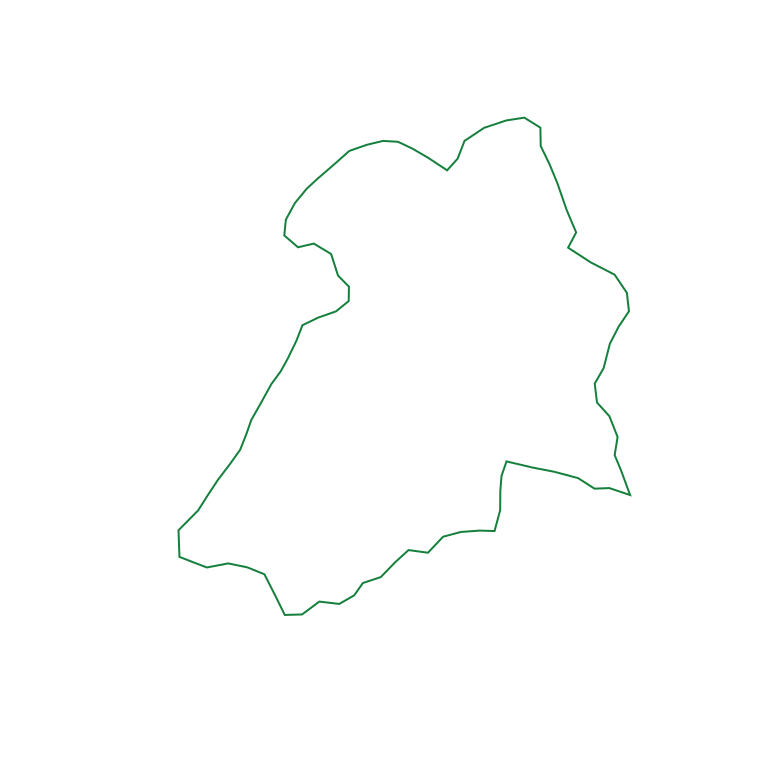 outline of Dom Cavati, Minas Gerais, Brazil, rotated 150°
{"feature_id": "56859067B30416877761671", "entity_name": "Dom Cavati", "entity_type": "district", "adm_level": 2, "iso_a3": "BRA", "parent_name": "Brazil", "parent_adm1": "Minas Gerais", "projection": "mercator", "projection_center": [-42.09, -19.387], "detail": "fine", "context": "isolated", "style": "outline", "palette": "green", "viewbox_px": 768, "rotation_deg": 150, "n_neighbors": 0, "source": "geoboundaries", "source_scale": "gbopen_adm2", "svg_char_len": 1258}
<svg xmlns="http://www.w3.org/2000/svg" viewBox="0 0 768 768"><g transform="rotate(150 384 384)"><path d="M647.6,336.5L629.2,313.7L608.6,306.5L594.0,293.5L582.7,279.0L583.9,256.3L585.4,233.6L570.2,225.4L548.8,227.9L532.7,215.9L515.4,215.9L501.8,222.2L483.3,218.4L463.3,224.1L445.8,227.9L430.3,215.9L409.2,222.2L391.6,217.5L374.6,209.3L361.8,201.4L346.6,216.5L336.5,233.6L328.2,245.6L316.6,255.7L297.5,237.7L280.8,223.2L263.0,205.5L254.0,188.1L240.9,181.2L226.4,164.8L221.9,190.7L219.8,207.1L208.2,221.3L204.9,243.4L208.8,261.4L201.3,279.0L185.9,287.9L168.3,305.9L152.2,316.3L135.5,324.5L128.1,341.5L129.6,363.3L144.2,386.0L156.4,410.0L141.8,419.2L138.8,443.5L133.5,470.9L130.8,491.1L129.3,511.7L120.4,527.8L129.3,544.5L146.3,551.1L169.2,555.8L192.7,554.3L207.6,542.3L222.5,537.5L232.6,557.7L241.8,573.8L250.8,586.8L263.3,595.0L279.1,599.7L297.5,603.2L317.5,599.1L338.9,595.0L353.2,591.8L370.8,585.2L386.8,575.4L396.1,562.5L390.1,545.4L374.6,540.7L364.8,523.0L369.6,500.9L365.7,485.8L373.1,473.5L389.2,470.9L407.7,474.4L425.2,475.7L438.3,465.2L455.0,453.9L467.2,446.6L481.5,440.3L500.9,428.6L516.9,419.2L528.3,409.4L541.4,399.0L557.4,391.7L575.6,384.1L593.2,375.3L608.3,367.4L635.1,360.1L647.6,336.5Z" fill="none" stroke="#15803d" stroke-width="2"/></g></svg>